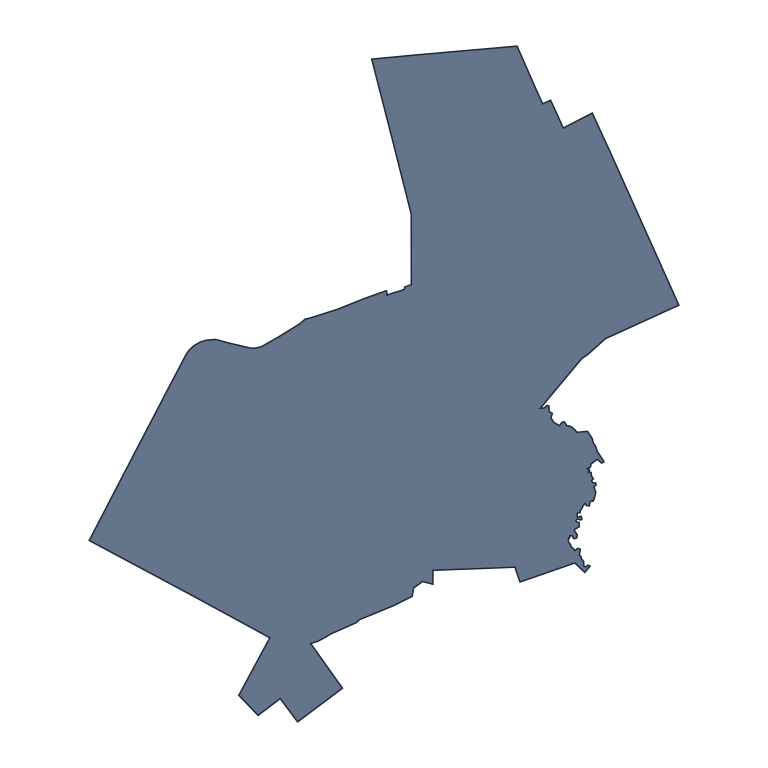 Putineiu, Teleorman, Romania (orthographic projection)
{"feature_id": "2599482B88222276928350", "entity_name": "Putineiu", "entity_type": "district", "adm_level": 2, "iso_a3": "ROU", "parent_name": "Romania", "parent_adm1": "Teleorman", "projection": "orthographic", "projection_center": [24.984, 43.91], "detail": "fine", "context": "isolated", "style": "filled", "palette": "slate", "viewbox_px": 768, "rotation_deg": 0, "n_neighbors": 0, "source": "geoboundaries", "source_scale": "gbopen_adm2", "svg_char_len": 2450}
<svg xmlns="http://www.w3.org/2000/svg" viewBox="0 0 768 768"><path d="M342.5,688.2L338.5,682.6L329.3,669.7L310.7,643.5L317.3,641.5L325.2,637.4L330.7,634.0L356.4,622.6L359.4,619.7L393.5,605.7L412.2,596.3L413.6,588.0L422.6,581.5L432.9,584.3L433.0,570.4L452.2,569.6L482.0,568.5L514.9,567.2L519.6,581.0L520.0,582.0L574.9,563.0L584.8,572.5L590.1,566.1L587.9,565.1L585.6,567.0L583.8,566.0L583.7,561.3L581.6,559.2L581.1,556.6L579.3,555.0L580.4,549.3L577.7,548.3L574.9,550.6L573.0,548.2L571.5,547.1L570.3,544.1L568.3,542.0L568.7,537.7L569.8,537.7L569.8,535.7L571.7,535.7L573.2,537.0L573.3,538.2L574.3,538.8L576.7,537.9L577.3,535.9L577.2,534.6L574.9,531.4L574.4,530.0L574.6,529.4L576.3,528.5L579.4,526.7L579.0,522.4L577.1,522.0L576.4,521.6L575.8,520.5L577.1,519.0L578.0,519.1L579.7,519.9L581.8,519.6L582.0,519.0L581.1,516.1L578.0,517.1L577.1,516.4L577.3,515.2L577.1,514.0L577.5,513.0L580.2,512.7L580.2,510.6L581.9,508.6L583.0,505.8L585.0,503.4L586.3,505.5L589.3,506.0L590.1,502.0L591.4,500.9L592.9,501.3L594.0,499.7L595.8,492.5L593.9,486.9L596.2,484.8L595.7,482.9L592.9,482.8L591.5,480.7L593.4,478.8L591.5,475.9L591.1,472.4L588.0,472.0L588.2,471.3L589.4,470.8L589.3,469.2L587.3,468.7L590.7,466.7L590.9,464.1L597.4,459.3L601.6,463.1L603.9,462.0L603.8,461.2L597.3,451.5L595.5,445.9L593.4,443.1L592.0,438.1L587.5,431.3L577.1,432.3L574.0,428.9L571.0,426.6L566.8,425.5L564.2,421.7L561.9,422.3L559.5,425.6L553.9,422.5L550.9,417.8L552.4,413.5L549.1,411.4L549.0,406.0L546.8,405.4L544.4,407.9L540.4,408.3L553.7,392.2L581.9,358.5L587.7,354.6L605.4,338.7L663.2,312.3L678.9,305.2L675.4,297.4L670.4,286.2L638.4,214.9L614.2,160.9L608.2,147.6L601.8,133.8L592.3,113.0L563.3,128.0L550.6,100.2L542.7,103.8L536.3,89.8L534.9,86.6L524.8,63.7L517.1,46.1L451.5,51.8L435.0,53.3L412.8,55.2L397.5,56.7L371.7,59.1L393.1,142.5L411.2,214.1L411.3,284.6L404.7,287.0L404.2,289.5L398.1,291.5L393.0,293.0L386.9,295.2L387.1,293.1L386.6,290.9L385.3,290.9L384.3,291.4L363.6,298.8L337.7,309.2L309.4,318.2L305.0,319.2L300.4,323.3L288.3,330.9L277.5,337.5L261.5,346.6L255.7,348.1L250.6,348.1L230.0,343.3L215.5,339.4L206.8,340.1L200.3,342.0L193.9,345.7L188.6,350.7L186.1,354.5L172.7,379.9L171.1,382.9L159.8,404.7L142.8,437.3L134.6,452.9L130.1,461.7L123.3,474.7L89.2,540.5L186.1,592.3L245.8,624.7L269.8,637.8L264.5,647.6L250.0,674.5L240.3,692.7L238.7,695.2L240.9,697.5L258.1,715.4L280.2,698.6L297.6,721.9L308.8,713.5L334.5,694.2L342.5,688.2Z" fill="#64748b" stroke="#1e293b" stroke-width="1.5"/></svg>